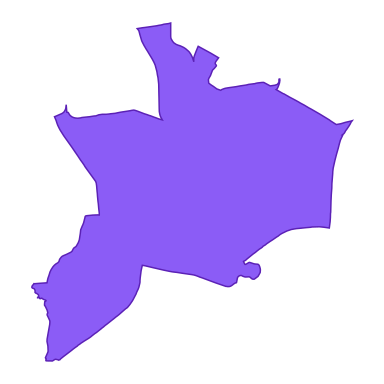 the district of Kota Jakarta Pusat, Jakarta Raya, Indonesia
{"feature_id": "22746128B21128962092426", "entity_name": "Kota Jakarta Pusat", "entity_type": "district", "adm_level": 2, "iso_a3": "IDN", "parent_name": "Indonesia", "parent_adm1": "Jakarta Raya", "projection": "mercator", "projection_center": [106.829, -6.182], "detail": "fine", "context": "isolated", "style": "filled", "palette": "violet", "viewbox_px": 384, "rotation_deg": 0, "n_neighbors": 0, "source": "geoboundaries", "source_scale": "gbopen_adm2", "svg_char_len": 5815}
<svg xmlns="http://www.w3.org/2000/svg" viewBox="0 0 384 384"><path d="M33.9,283.6L33.5,284.4L32.4,285.5L31.8,287.1L32.2,287.9L32.7,288.2L33.8,288.6L34.3,288.9L34.6,289.4L34.9,290.1L35.1,290.9L35.0,292.3L35.4,292.8L35.9,293.2L36.4,293.3L36.9,293.6L38.2,294.6L38.5,295.0L38.7,296.7L38.4,296.9L37.6,297.3L37.6,297.6L37.6,297.8L37.9,297.8L38.5,297.7L39.0,297.6L39.4,297.7L39.6,298.1L39.7,298.5L40.2,298.7L41.2,298.4L41.8,298.2L43.2,299.2L43.8,299.5L45.5,300.1L46.0,300.5L45.9,300.9L45.6,301.3L44.9,301.5L44.7,301.8L44.7,302.2L44.5,304.4L44.6,305.5L45.3,306.3L47.1,310.1L47.5,311.6L47.8,312.8L47.6,313.3L47.3,313.7L47.1,314.6L47.3,315.4L47.8,316.4L49.6,320.3L49.8,320.9L49.9,322.0L49.7,324.5L47.9,334.5L47.1,339.1L47.0,341.5L47.9,346.0L48.1,351.0L47.9,352.1L45.4,357.8L45.6,358.2L46.2,359.0L45.8,360.1L46.1,360.8L48.0,360.9L50.4,360.9L52.3,361.0L52.9,360.7L54.8,359.5L55.2,359.3L55.6,359.3L56.4,359.4L58.0,359.8L58.4,360.1L58.6,359.9L59.2,359.8L59.7,359.9L60.7,358.8L63.8,356.3L67.5,353.5L71.8,350.2L73.0,349.2L74.7,347.9L77.4,346.0L78.1,345.2L79.7,344.2L81.1,343.1L82.5,342.2L84.3,341.0L88.7,338.3L90.7,336.9L92.0,335.8L94.8,333.6L96.5,332.5L102.3,327.8L103.4,327.0L105.3,325.3L106.6,324.4L114.4,318.2L116.1,316.8L117.1,316.1L119.1,314.5L125.7,308.7L126.7,308.1L127.6,307.3L129.9,304.5L132.1,301.3L132.9,300.0L136.1,293.9L136.6,292.4L138.3,288.8L138.9,287.1L139.8,283.3L140.0,282.1L140.0,280.5L140.2,278.0L141.1,270.8L142.3,265.3L145.2,265.8L151.9,267.4L153.6,267.8L164.0,270.2L169.8,271.4L172.6,271.9L177.0,272.4L182.6,273.3L191.8,274.6L194.0,275.0L196.0,275.6L199.0,276.7L199.2,276.9L202.0,277.8L216.0,283.0L225.9,286.4L226.6,286.4L227.5,286.6L228.4,286.6L229.7,286.5L230.5,286.2L231.5,285.7L233.1,284.5L233.4,284.2L234.6,283.4L236.1,282.6L236.4,282.7L236.6,282.3L236.8,281.1L237.5,277.7L238.2,276.6L238.9,276.1L239.6,275.7L241.0,275.4L241.4,275.5L243.2,276.4L244.8,276.9L245.6,277.0L249.1,276.8L249.9,277.1L251.7,278.7L252.9,279.2L253.9,279.2L254.4,279.1L258.0,276.4L259.6,273.6L260.2,272.4L260.4,269.9L260.2,268.5L259.8,267.0L259.2,265.4L258.7,264.8L258.1,264.3L257.6,264.2L255.2,264.0L254.0,263.8L250.3,262.6L249.5,262.4L248.7,262.6L246.4,264.0L245.5,264.4L245.0,264.4L244.8,264.1L244.3,263.3L243.5,261.4L245.4,260.4L245.9,260.0L247.2,258.8L253.1,254.0L255.5,252.3L256.9,251.1L259.7,248.9L260.5,248.5L262.4,247.1L263.0,246.3L265.5,244.8L266.6,243.8L269.0,242.2L269.5,241.8L272.5,239.9L276.8,236.9L277.9,236.3L280.0,234.6L281.8,233.5L286.9,231.0L291.3,229.5L294.0,229.0L296.5,228.6L298.9,228.4L305.7,227.7L310.4,227.3L311.5,227.1L312.0,227.0L318.5,226.8L319.7,226.8L323.7,227.2L329.3,228.0L330.1,221.9L330.4,217.7L330.5,213.6L330.7,212.2L331.0,201.1L331.3,194.7L331.8,188.2L331.9,183.7L332.7,173.8L332.8,171.4L333.2,168.1L334.9,160.5L336.5,154.3L338.3,148.0L339.4,143.6L340.4,140.2L341.1,138.6L342.8,135.0L342.3,134.9L343.7,133.8L344.4,133.0L345.1,131.8L345.5,130.9L346.7,129.4L349.1,125.8L350.2,124.0L351.1,122.1L351.7,121.4L352.2,120.7L350.8,121.1L345.2,122.4L340.9,123.7L338.2,124.2L336.4,124.5L335.9,124.3L330.2,120.6L329.5,120.0L320.0,114.2L310.8,108.9L308.5,107.7L304.4,105.2L300.1,102.9L299.0,102.2L296.3,100.7L289.0,96.8L284.0,93.9L283.1,93.6L276.2,89.6L276.7,89.3L277.2,88.7L277.8,87.6L278.3,86.4L279.1,84.2L279.5,82.9L279.7,81.5L279.9,80.2L279.7,79.0L279.0,79.2L278.9,82.3L277.3,84.4L275.0,85.2L270.2,85.9L263.7,82.4L263.2,82.5L262.3,82.4L257.3,83.0L255.8,83.3L255.1,83.6L248.6,84.4L246.3,85.0L240.2,85.9L235.9,86.7L229.4,87.6L225.7,88.2L224.5,88.5L222.1,89.4L221.5,89.7L220.7,90.3L216.8,88.9L213.4,86.4L211.5,85.2L208.9,83.3L208.7,82.7L208.4,79.7L208.9,78.3L210.5,75.5L212.5,70.2L214.4,68.3L216.2,66.1L216.4,65.7L216.1,64.9L215.3,63.9L215.2,63.3L215.3,62.7L215.8,61.6L218.6,57.8L211.0,53.3L198.2,46.3L198.0,46.7L195.9,51.8L194.3,56.0L193.8,58.0L193.7,59.0L193.8,61.8L192.5,57.6L191.0,54.6L189.5,52.3L188.6,51.3L185.6,48.7L183.6,47.4L180.4,45.9L178.6,45.3L178.4,45.3L176.0,44.3L173.7,42.7L172.6,41.3L171.2,38.9L170.9,38.3L170.7,36.3L170.7,23.0L168.5,23.6L163.9,24.2L161.5,24.9L158.4,25.4L156.6,25.8L152.4,26.4L151.0,26.6L144.6,27.5L142.8,27.7L137.2,28.6L138.5,30.2L139.0,31.2L139.9,34.7L141.6,40.5L142.0,41.5L144.1,45.6L146.1,49.0L147.2,50.7L152.2,59.0L154.0,62.4L155.2,65.2L156.8,71.2L157.0,72.2L157.4,74.9L158.0,77.7L158.7,84.2L158.8,88.9L159.1,103.0L159.2,108.3L159.3,111.6L159.8,114.3L160.3,116.0L161.0,117.6L162.3,119.9L158.7,118.9L155.7,117.7L154.7,117.4L153.1,116.8L150.5,115.8L149.1,115.4L147.0,114.6L144.4,113.8L141.0,112.5L138.6,111.6L137.9,111.3L134.9,110.3L133.6,110.1L131.5,110.4L129.7,110.8L120.5,112.2L118.0,112.7L115.2,113.3L110.3,113.8L109.1,114.0L106.0,114.3L102.2,114.3L98.8,114.8L98.0,115.1L97.2,115.4L95.8,115.9L94.1,116.0L89.7,116.7L81.9,117.5L80.5,117.9L77.9,118.2L77.5,118.2L75.4,118.0L74.0,117.7L72.2,117.0L70.4,115.7L69.6,114.8L68.2,112.5L67.7,112.3L67.2,112.3L66.8,112.2L66.2,104.7L65.8,108.2L65.4,109.5L64.6,111.0L64.3,111.6L63.3,112.6L62.0,113.5L55.8,116.2L54.5,116.7L56.1,120.5L56.9,123.0L57.7,125.2L59.1,128.1L60.1,130.0L63.9,136.0L72.0,147.4L74.7,151.4L77.4,155.3L80.7,160.3L82.4,162.6L84.3,165.4L84.6,166.0L85.3,167.1L92.9,177.6L95.5,181.2L96.2,182.9L96.6,185.7L97.1,191.6L97.3,193.3L97.5,196.3L98.0,201.5L98.3,203.7L98.7,208.3L99.2,212.4L99.3,214.3L99.2,214.9L99.2,215.0L97.9,214.9L94.8,215.0L92.6,215.1L90.8,215.3L87.6,215.6L86.7,215.7L85.6,216.0L85.2,216.4L85.2,216.5L84.1,220.9L83.6,222.8L82.8,224.9L82.3,225.9L80.7,229.8L80.3,233.5L79.3,239.9L78.3,242.6L76.4,246.0L75.8,246.7L74.1,247.8L73.9,248.0L73.4,248.6L72.3,250.7L71.9,251.4L71.4,251.8L70.5,252.4L67.6,253.8L66.4,254.4L63.3,255.7L62.2,256.3L61.4,257.0L60.5,258.1L59.6,259.3L59.1,261.0L59.0,261.5L57.8,262.8L55.8,264.0L54.4,265.2L53.4,266.3L52.9,266.9L51.1,269.7L50.0,272.0L48.9,275.6L48.0,278.1L47.5,280.1L47.0,282.8L39.7,283.3L34.5,283.7L33.9,283.6Z" fill="#8b5cf6" stroke="#5b21b6" stroke-width="1.5"/></svg>